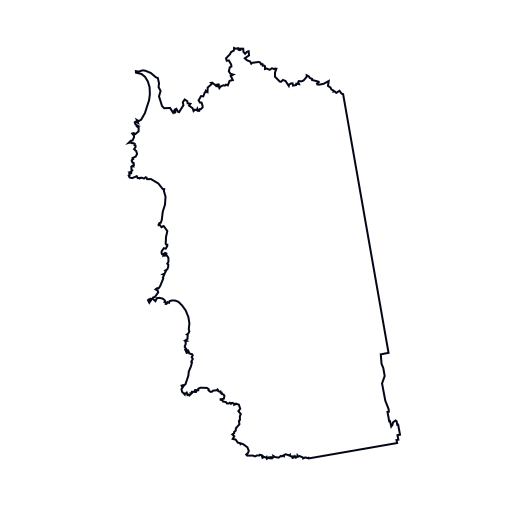 Denmark, Western Australia, Australia (Equal Earth projection), rotated 80°
{"feature_id": "25037944B90574007914814", "entity_name": "Denmark", "entity_type": "district", "adm_level": 2, "iso_a3": "AUS", "parent_name": "Australia", "parent_adm1": "Western Australia", "projection": "equal_earth", "projection_center": [117.036, -34.911], "detail": "fine", "context": "isolated", "style": "outline", "palette": "ink", "viewbox_px": 512, "rotation_deg": 80, "n_neighbors": 0, "source": "geoboundaries", "source_scale": "gbopen_adm2", "svg_char_len": 6030}
<svg xmlns="http://www.w3.org/2000/svg" viewBox="0 0 512 512"><g transform="rotate(80 256 256)"><path d="M464.5,239.1L464.7,149.5L461.6,149.6L461.6,147.7L457.0,147.8L457.0,145.2L446.8,145.3L446.8,146.2L443.2,146.2L442.2,147.2L443.7,150.0L445.9,150.9L447.4,152.4L442.0,152.7L442.0,153.5L432.4,153.6L432.4,152.2L429.8,152.0L420.9,153.8L403.4,154.0L396.5,150.1L388.6,150.1L383.9,151.1L374.5,150.2L374.4,142.3L111.7,142.1L111.0,143.5L107.8,145.1L109.3,148.6L107.6,149.9L107.6,151.2L106.6,150.9L105.0,152.9L103.0,153.4L101.0,155.6L96.3,154.0L98.2,159.6L98.2,164.3L97.7,165.8L96.7,166.0L95.6,163.9L95.1,164.2L92.4,170.2L91.3,170.0L90.1,172.0L88.4,172.7L86.8,174.7L88.3,174.9L91.4,178.7L91.9,180.7L91.2,183.5L92.3,184.3L94.2,183.8L93.3,186.4L94.6,186.9L94.6,190.0L92.3,190.0L92.1,191.3L92.9,193.6L94.2,194.2L88.8,196.5L87.3,198.9L88.8,201.1L88.3,202.3L82.7,206.2L78.5,205.4L75.1,203.4L74.7,204.6L75.1,205.6L73.9,207.7L75.0,210.1L73.2,213.0L73.4,214.7L70.7,214.2L69.8,215.1L69.8,216.3L68.2,216.3L68.0,217.8L66.4,218.1L65.4,219.5L65.1,226.1L65.8,227.3L63.4,228.0L61.7,230.9L59.3,232.7L57.2,228.0L53.1,227.7L53.4,229.6L55.0,231.6L52.9,232.9L49.6,232.6L49.1,235.5L50.2,235.3L50.4,236.4L49.8,237.5L48.2,237.7L48.4,239.9L47.3,241.5L49.9,242.2L50.8,245.2L52.7,246.5L56.1,251.2L58.6,250.9L58.7,248.8L63.1,247.2L65.1,247.3L65.7,249.1L69.4,250.7L72.1,249.5L73.4,246.9L74.2,249.6L78.7,248.3L78.9,251.6L83.1,254.1L82.0,255.8L82.8,257.1L82.2,258.6L82.9,261.4L84.3,262.9L82.6,263.2L82.1,264.8L81.0,262.8L80.5,263.0L80.5,266.5L77.7,269.0L77.7,270.0L78.4,269.4L79.1,270.0L81.7,274.3L86.1,275.3L84.6,276.7L86.0,277.1L86.0,278.0L89.6,280.2L89.0,282.4L92.8,285.5L95.2,284.5L95.5,283.0L99.1,282.5L100.4,282.8L101.8,284.8L101.6,285.9L103.2,286.7L103.1,287.7L100.9,288.2L102.3,288.9L101.3,290.7L102.4,292.3L99.4,292.8L96.3,295.8L94.7,294.2L93.8,296.8L91.6,296.8L89.5,299.1L91.9,301.4L94.9,301.3L101.0,306.8L100.4,307.8L97.2,308.9L97.6,310.1L100.6,310.6L100.7,311.1L98.9,311.5L100.5,312.8L95.3,314.9L94.5,320.8L92.0,322.5L81.9,323.8L76.9,321.3L72.7,322.6L69.1,321.5L63.6,321.8L62.7,323.5L57.5,327.8L54.4,332.7L53.5,335.2L54.0,339.5L53.1,342.2L54.6,342.4L56.9,337.1L60.4,334.1L65.4,332.2L71.2,331.5L78.2,332.4L83.9,334.2L96.0,340.6L101.8,345.4L102.8,348.1L101.4,349.7L104.4,349.1L102.8,351.5L103.3,352.2L105.6,351.8L107.7,349.2L108.0,350.5L109.4,349.3L112.9,350.0L115.0,353.7L113.7,355.1L113.9,356.6L116.3,355.3L117.9,355.5L120.8,357.6L120.8,359.3L122.5,361.8L122.3,359.6L123.2,359.1L123.7,356.8L124.6,355.9L125.8,356.4L126.3,355.5L127.8,355.7L129.6,357.5L132.0,355.7L134.8,355.4L137.1,357.1L138.1,360.6L139.3,360.2L140.0,361.7L140.8,361.9L142.6,361.4L143.0,360.4L145.3,360.5L145.5,361.3L146.5,361.2L146.0,362.9L146.4,363.3L149.2,363.6L150.2,363.0L151.1,364.5L151.8,364.4L151.7,366.0L152.9,365.2L153.0,366.5L154.5,366.5L154.8,367.4L156.8,366.8L157.8,364.3L156.7,359.6L158.7,359.0L158.9,356.8L159.3,356.9L159.0,355.0L160.3,352.8L159.3,351.0L159.8,350.2L161.4,349.9L162.0,346.1L167.6,339.6L173.9,336.2L174.2,334.8L176.0,335.4L181.9,334.8L189.6,336.7L196.1,340.1L204.3,342.6L206.7,344.0L206.8,345.4L208.1,346.5L208.7,346.5L208.6,345.4L211.3,344.0L210.4,341.9L210.8,341.5L216.1,339.0L221.6,341.3L228.2,342.8L229.2,342.4L229.5,341.4L230.7,341.6L233.1,343.6L232.3,345.4L235.0,348.1L236.5,348.5L237.9,348.2L238.1,347.0L238.7,347.1L237.7,346.0L238.1,345.5L237.2,344.9L237.9,343.9L239.8,345.8L240.0,343.7L242.6,342.6L246.4,343.2L248.2,344.7L249.1,343.9L251.3,344.3L253.8,345.7L254.6,348.0L255.4,347.5L257.5,349.1L257.9,350.8L258.5,349.7L261.3,351.5L262.0,351.2L269.1,355.7L271.0,357.6L270.5,358.8L271.4,360.7L273.0,358.9L274.8,358.6L278.8,362.7L279.0,364.5L280.0,365.3L283.0,362.9L280.3,360.9L280.4,358.5L281.7,355.4L283.4,353.8L284.8,353.3L285.5,354.0L286.2,352.8L287.5,353.2L287.6,352.4L286.1,351.0L287.0,349.8L285.4,348.9L285.2,346.3L285.9,343.2L287.7,340.3L292.0,337.3L297.4,334.7L304.4,333.2L310.8,333.3L316.3,334.9L318.9,334.8L320.9,336.5L321.3,337.7L322.0,337.0L325.8,337.9L327.0,340.5L327.7,339.3L327.8,340.3L330.2,340.4L333.0,342.0L337.4,340.0L337.3,339.2L340.4,338.6L341.6,336.0L342.9,335.6L344.4,336.9L346.4,336.1L348.4,337.8L349.2,338.1L349.6,337.5L353.3,339.2L358.2,342.3L362.1,343.4L370.0,347.7L371.0,349.5L370.5,350.1L370.7,351.8L371.5,351.6L371.8,350.2L374.2,352.5L376.8,352.4L380.0,350.3L379.1,350.0L379.4,349.5L378.5,348.0L381.0,347.6L380.7,346.7L381.8,345.9L380.7,344.2L379.8,344.3L379.9,343.0L378.6,342.7L379.5,338.7L378.9,338.3L378.4,339.9L377.4,339.2L378.2,336.2L376.6,335.8L376.1,333.4L377.4,327.2L379.0,325.7L380.1,326.1L381.9,324.4L381.9,322.6L381.1,321.5L381.5,317.7L380.8,317.3L380.3,316.3L381.5,317.5L383.0,316.0L383.2,314.5L384.5,314.6L384.7,313.6L385.9,313.7L386.8,312.0L388.3,311.4L390.9,312.4L391.1,314.5L390.3,315.0L391.2,314.7L390.9,315.7L391.5,315.8L392.1,314.1L393.5,313.9L394.8,310.8L396.1,310.3L396.5,308.6L396.0,307.3L397.2,306.4L396.5,305.7L396.6,304.5L397.8,303.6L397.9,302.2L398.6,302.7L398.3,300.9L399.4,298.7L403.7,298.1L405.7,300.3L409.0,298.4L411.0,299.7L414.7,300.3L415.4,301.4L418.9,301.6L422.1,305.7L424.4,306.3L425.5,308.1L426.7,308.3L427.6,310.3L429.7,308.7L432.1,310.7L433.3,307.9L436.7,306.3L437.6,304.0L438.5,303.9L438.1,303.2L439.1,301.3L442.9,297.7L446.6,296.9L448.6,298.1L449.8,300.1L451.0,299.4L452.0,293.7L453.2,291.7L452.6,289.8L453.0,287.5L452.4,286.8L453.2,284.9L454.4,285.0L454.4,284.1L455.8,284.4L455.3,282.9L456.1,281.7L455.6,280.5L457.5,280.4L456.5,278.5L456.7,276.6L457.6,277.3L458.0,275.7L457.0,275.6L457.5,274.3L456.9,273.5L456.0,273.6L457.4,271.9L458.5,268.7L457.2,266.2L457.8,265.4L457.2,264.0L458.0,263.2L456.9,262.8L456.4,261.1L458.1,258.1L457.7,257.2L458.6,257.4L459.7,255.5L461.2,255.1L461.1,254.1L459.9,253.9L460.2,253.1L459.8,252.5L461.5,251.8L460.9,250.3L459.5,249.8L460.9,249.1L460.6,247.8L462.5,244.9L463.6,244.7L462.9,242.5L464.0,240.3L463.8,239.3L464.5,239.1ZM283.5,369.2L280.2,366.2L279.9,367.0L280.8,367.1L280.0,368.6L280.3,369.3L281.1,368.8L281.2,369.9L283.5,369.2ZM339.3,340.5L336.4,340.9L336.2,341.9L339.4,341.1L339.3,340.5Z" fill="none" stroke="#020617" stroke-width="2"/></g></svg>